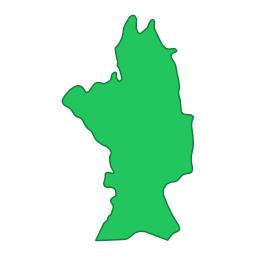 the County of Olt
{"feature_id": "ROU-126", "entity_name": "Olt", "entity_type": "County", "adm_level": 1, "iso_a3": "ROU", "parent_name": "Romania", "parent_adm1": "", "projection": "orthographic", "projection_center": [24.399, 44.334], "detail": "fine", "context": "isolated", "style": "filled", "palette": "green", "viewbox_px": 256, "rotation_deg": 0, "n_neighbors": 0, "source": "natural_earth", "source_scale": "10m", "svg_char_len": 2765}
<svg xmlns="http://www.w3.org/2000/svg" viewBox="0 0 256 256"><path d="M97.3,240.6L95.9,240.3L95.9,240.2L103.6,223.9L104.6,222.6L107.1,220.5L107.7,219.5L108.2,217.2L108.6,216.3L110.6,214.9L111.3,213.6L113.1,208.3L113.3,206.9L113.0,205.3L111.0,202.0L110.6,200.4L111.4,198.7L112.7,197.8L115.4,196.2L115.9,194.9L116.1,193.3L115.9,191.3L115.2,189.5L113.3,187.9L111.5,187.4L107.1,187.2L106.0,186.9L104.8,186.2L104.1,185.1L103.8,183.8L104.1,181.8L104.6,180.2L105.2,177.3L105.3,174.9L105.4,173.9L106.0,173.1L106.8,172.6L108.1,172.4L109.6,172.7L111.3,173.2L112.9,173.4L113.8,172.9L113.7,171.7L110.8,166.5L109.9,161.7L109.6,158.8L109.8,156.4L110.5,154.8L111.1,153.5L111.1,151.9L110.2,150.1L107.7,147.4L106.0,146.2L102.6,144.8L97.6,141.5L96.1,139.8L94.6,137.6L93.4,134.8L92.3,132.6L90.9,131.0L87.8,128.5L86.1,126.6L84.6,124.2L82.7,120.3L80.8,118.2L79.1,117.3L77.5,117.0L76.1,116.4L74.9,115.2L71.3,109.8L69.8,108.3L64.3,105.0L63.1,103.7L62.5,102.2L62.4,100.8L62.7,99.4L64.6,96.0L69.9,89.8L75.2,86.5L76.6,86.0L78.4,85.7L79.9,86.0L81.4,86.7L82.7,87.7L83.8,89.1L85.1,91.3L86.1,92.3L87.2,92.3L88.9,91.6L93.3,85.3L94.7,83.7L96.4,82.8L97.9,82.5L99.6,82.6L102.9,83.5L104.3,83.6L105.6,83.2L109.7,80.9L110.8,79.5L111.7,75.4L112.4,73.8L114.1,72.4L115.4,72.4L116.2,72.8L116.5,73.6L116.3,75.5L116.3,76.8L116.6,78.1L117.4,79.4L118.4,80.7L119.6,81.4L120.6,80.5L121.8,79.6L121.4,76.0L120.3,71.6L118.8,67.9L117.2,65.5L117.8,62.2L115.9,53.8L115.3,49.6L115.3,48.0L117.9,45.3L120.1,41.8L121.3,39.4L122.1,37.3L123.1,32.9L123.4,30.3L123.9,28.0L124.6,25.8L128.4,18.9L129.4,17.5L130.6,16.3L132.0,15.5L133.2,15.4L134.7,15.8L135.7,17.4L136.5,18.8L136.2,27.8L137.8,32.4L138.7,33.2L139.9,33.6L141.1,33.1L146.7,28.4L147.6,27.2L148.2,26.0L149.5,22.5L151.1,20.3L152.2,19.6L153.5,19.7L154.2,20.8L154.5,22.4L154.4,24.1L154.1,25.9L154.3,28.2L155.3,30.7L161.5,43.6L163.1,45.8L165.9,48.4L168.0,49.1L170.2,49.1L172.4,48.6L174.8,48.8L175.9,49.6L176.6,50.6L176.4,51.3L175.8,51.8L173.3,52.9L172.2,53.7L171.4,54.7L171.0,55.8L171.3,57.6L174.7,63.3L175.8,66.3L176.6,70.7L176.8,73.0L177.2,74.8L178.2,78.0L179.5,86.7L179.5,88.0L178.7,90.5L178.5,92.2L178.6,93.9L180.2,100.3L180.9,108.9L181.6,111.8L182.6,113.5L183.9,114.4L190.6,114.8L193.6,116.9L191.9,121.4L191.7,123.3L191.6,126.5L192.8,135.0L193.3,144.2L192.9,148.5L191.4,155.1L191.2,160.3L191.5,163.5L192.2,166.5L192.5,170.1L191.6,171.9L189.8,173.1L185.1,174.0L183.3,174.6L181.7,175.8L177.6,180.3L176.1,181.2L174.2,181.7L171.7,181.9L169.5,182.7L166.9,184.0L164.0,187.9L163.2,190.8L163.3,194.5L167.7,205.6L172.6,215.6L178.7,225.6L179.6,228.6L179.3,230.1L178.0,231.1L174.1,233.0L172.3,234.4L170.7,236.0L167.8,239.8L167.7,240.1L145.0,231.6L140.3,231.1L135.4,232.7L127.6,238.6L125.1,239.3L122.1,239.5L97.3,240.6Z" fill="#22c55e" stroke="#15803d" stroke-width="1.5"/></svg>